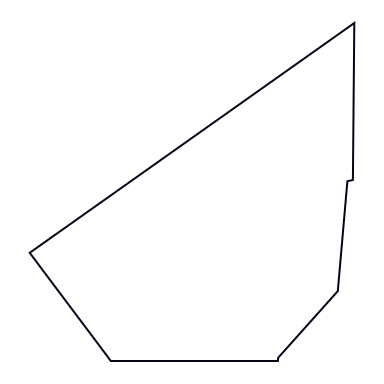 the district of 54, Ar Rayyān, Qatar, rotated 180°
{"feature_id": "91078587B84726999218009", "entity_name": "54", "entity_type": "district", "adm_level": 2, "iso_a3": "QAT", "parent_name": "Qatar", "parent_adm1": "Ar Rayyān", "projection": "equal_earth", "projection_center": [51.456, 25.272], "detail": "fine", "context": "isolated", "style": "outline", "palette": "ink", "viewbox_px": 384, "rotation_deg": 180, "n_neighbors": 0, "source": "geoboundaries", "source_scale": "gbopen_adm2", "svg_char_len": 300}
<svg xmlns="http://www.w3.org/2000/svg" viewBox="0 0 384 384"><g transform="rotate(180 192 192)"><path d="M31.1,204.0L29.7,361.0L354.3,131.2L349.3,124.6L341.3,113.8L282.8,35.9L273.2,23.0L106.1,23.0L105.8,26.3L46.2,92.9L36.6,202.8L31.1,204.0Z" fill="none" stroke="#020617" stroke-width="2"/></g></svg>